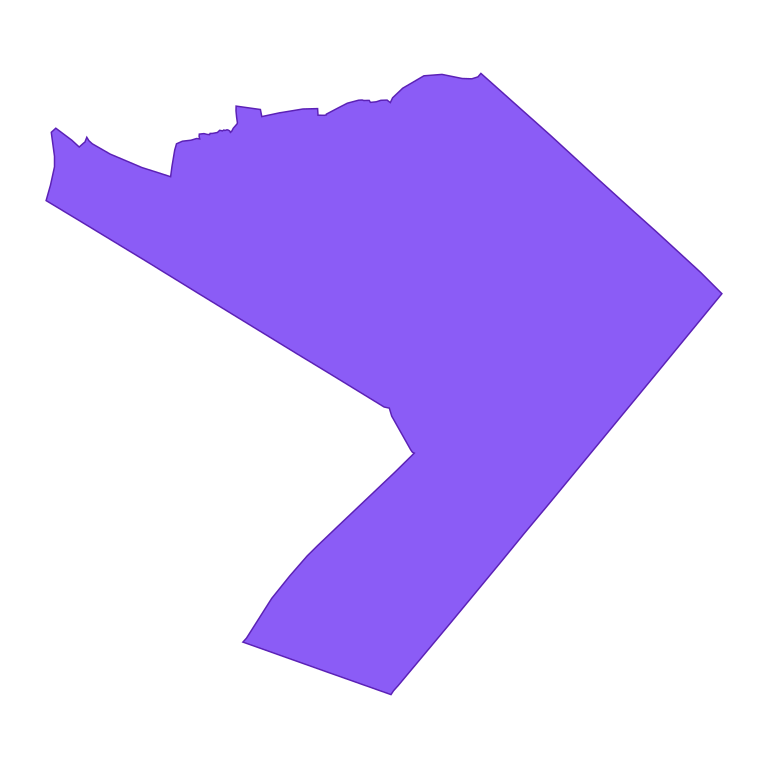 outline of Quan 3, Hồ Chí Minh city, Vietnam
{"feature_id": "81297802B4427483692725", "entity_name": "Quan 3", "entity_type": "district", "adm_level": 2, "iso_a3": "VNM", "parent_name": "Vietnam", "parent_adm1": "Hồ Chí Minh city", "projection": "robinson", "projection_center": [106.677, 10.779], "detail": "fine", "context": "isolated", "style": "filled", "palette": "violet", "viewbox_px": 768, "rotation_deg": 0, "n_neighbors": 0, "source": "geoboundaries", "source_scale": "gbopen_adm2", "svg_char_len": 1510}
<svg xmlns="http://www.w3.org/2000/svg" viewBox="0 0 768 768"><path d="M86.8,137.3L84.9,142.1L83.7,143.0L79.2,147.0L71.8,140.2L55.8,128.2L51.3,132.3L51.5,134.1L54.5,156.3L54.5,166.8L50.4,185.5L50.0,186.8L46.1,200.6L83.4,223.1L149.9,263.5L160.7,270.2L197.4,292.8L297.1,353.9L328.3,372.8L384.1,407.0L389.3,408.1L391.7,416.1L410.7,449.8L412.4,452.2L414.3,453.1L395.2,471.9L337.1,527.0L317.2,546.0L307.1,556.0L289.8,575.9L271.7,598.4L246.5,638.1L242.9,642.1L329.6,672.9L391.0,694.6L393.5,690.8L398.3,685.4L437.2,638.9L443.2,631.7L447.8,626.2L472.3,596.6L501.7,561.0L524.1,533.6L547.4,505.7L659.1,370.2L721.9,293.7L700.7,272.5L656.3,231.7L634.3,212.0L598.2,179.3L550.9,135.8L480.9,73.4L477.9,76.9L471.8,78.8L462.2,78.5L442.0,74.4L423.9,75.8L402.7,88.2L396.4,94.2L392.6,97.8L390.3,102.6L387.1,100.1L380.9,100.3L376.2,101.8L370.4,102.4L369.2,100.4L363.7,100.5L362.2,100.0L358.6,100.2L347.3,103.2L338.0,108.0L326.4,114.1L326.4,114.8L324.6,115.3L318.0,115.2L317.6,108.6L302.9,109.0L280.4,112.7L280.1,112.7L261.8,116.6L260.4,109.5L236.1,106.1L236.0,110.9L236.6,117.1L237.4,122.8L237.2,123.7L233.3,128.2L231.6,131.4L230.4,132.4L229.8,131.0L228.0,130.0L227.0,129.8L224.9,130.5L223.9,130.0L222.5,130.9L219.7,130.3L217.4,132.5L212.5,133.4L210.1,133.4L209.6,134.6L207.1,134.4L204.0,133.6L199.3,134.1L199.1,136.3L199.7,138.9L196.6,138.5L191.0,140.2L182.4,141.2L176.5,143.8L174.7,150.1L172.0,166.2L170.6,176.7L141.8,167.5L110.2,154.1L92.3,143.8L88.9,140.7L86.8,137.3Z" fill="#8b5cf6" stroke="#5b21b6" stroke-width="1.5"/></svg>